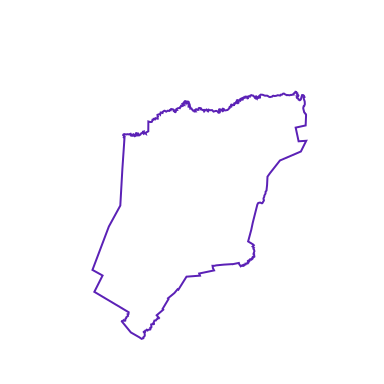 outline of Tormac, Timis, Romania, rotated 311°
{"feature_id": "2599482B36761723771512", "entity_name": "Tormac", "entity_type": "district", "adm_level": 2, "iso_a3": "ROU", "parent_name": "Romania", "parent_adm1": "Timis", "projection": "mercator", "projection_center": [21.482, 45.522], "detail": "fine", "context": "isolated", "style": "outline", "palette": "violet", "viewbox_px": 384, "rotation_deg": 311, "n_neighbors": 0, "source": "geoboundaries", "source_scale": "gbopen_adm2", "svg_char_len": 6093}
<svg xmlns="http://www.w3.org/2000/svg" viewBox="0 0 384 384"><g transform="rotate(311 192 192)"><path d="M305.6,244.6L300.2,239.2L308.6,228.0L316.8,234.1L324.3,228.1L325.2,227.3L325.5,226.6L325.4,225.9L325.8,225.1L325.7,224.5L328.0,221.2L329.2,220.3L330.3,220.3L330.5,219.9L331.0,220.0L331.9,219.8L333.0,218.9L334.3,217.6L335.8,215.0L336.5,214.5L337.4,214.6L337.4,214.3L338.1,213.3L338.0,212.2L337.4,211.5L336.2,212.0L336.0,212.5L335.3,212.4L333.3,213.4L332.2,213.3L331.8,212.9L331.9,212.5L331.7,211.9L332.1,211.4L331.9,210.2L332.1,209.9L331.9,209.5L332.0,209.2L333.1,209.3L332.9,208.6L333.0,208.2L334.3,209.0L334.7,208.9L334.8,208.6L334.6,207.7L334.7,207.4L335.0,207.3L334.9,206.9L335.6,206.5L335.2,205.7L335.9,205.0L335.7,204.6L335.5,204.3L334.7,204.5L333.3,204.2L332.2,204.8L331.8,204.0L330.7,203.7L330.2,202.9L329.0,202.2L327.9,200.5L327.3,200.1L326.7,197.9L326.6,196.8L325.9,196.2L324.6,196.1L323.7,195.2L322.9,195.4L322.5,195.2L322.2,194.4L321.0,193.0L320.2,192.7L318.7,191.5L318.0,190.2L317.5,189.9L316.8,190.0L314.8,188.6L314.4,187.8L314.1,185.7L312.4,183.6L311.8,181.7L310.6,180.0L308.7,179.7L308.6,179.9L308.5,180.9L308.0,181.3L307.7,180.9L307.4,179.8L307.2,179.7L306.7,179.6L306.4,180.2L305.8,179.6L305.0,179.9L305.1,179.2L306.0,178.8L306.4,178.2L306.3,177.6L305.6,177.4L305.0,177.5L304.7,178.3L304.4,178.4L304.3,177.7L304.8,176.4L304.8,174.6L304.1,174.0L304.0,173.2L302.9,172.7L301.9,173.1L301.5,172.0L301.0,171.7L300.3,171.7L299.5,172.7L299.1,172.5L299.0,172.2L299.4,171.8L299.8,170.7L299.0,169.7L297.7,170.1L297.6,169.9L297.6,169.2L296.4,169.4L296.4,168.6L295.8,168.3L294.8,169.3L294.5,168.6L294.6,167.8L294.1,167.5L293.1,168.6L292.6,168.6L292.7,167.6L292.3,167.3L291.4,167.4L290.6,168.0L290.5,167.4L291.2,166.2L291.1,165.9L290.6,165.7L289.6,166.4L289.3,168.1L289.1,168.3L288.8,168.0L288.8,166.9L288.6,166.3L287.3,166.7L286.9,165.8L286.5,165.7L285.2,166.7L284.4,166.0L284.1,164.7L283.6,164.3L282.7,164.6L282.4,165.6L282.2,165.7L280.9,164.6L280.4,164.7L280.0,165.3L277.2,165.0L275.3,163.5L275.0,162.8L275.5,161.5L275.1,160.6L274.6,160.6L274.1,160.9L274.0,162.3L273.1,162.2L273.0,161.8L273.3,160.5L272.7,158.7L272.3,158.3L271.8,158.4L271.2,159.3L271.2,160.0L270.9,160.5L270.1,160.7L269.4,160.3L269.2,159.6L269.6,158.5L269.3,157.4L268.7,156.7L266.8,155.5L267.0,153.5L265.3,151.7L265.1,150.6L264.3,150.7L263.4,151.2L263.2,150.7L263.9,149.3L263.8,148.8L262.4,148.4L262.1,147.6L261.7,147.7L261.2,148.3L260.8,148.3L261.3,147.2L261.3,146.7L260.8,146.3L260.6,145.3L260.2,144.6L261.0,144.1L261.0,143.6L260.1,142.2L259.4,142.1L258.3,143.0L257.4,142.2L256.8,142.4L257.5,141.7L257.2,140.8L255.6,140.4L255.3,140.7L255.1,141.8L254.4,141.1L254.9,140.4L254.7,139.9L254.1,139.6L254.3,137.9L254.7,136.8L253.8,136.0L254.5,135.4L254.4,134.5L255.1,134.7L255.7,133.8L254.5,133.1L254.9,132.8L256.0,133.0L256.6,132.7L256.6,132.2L256.2,131.6L256.0,130.9L257.2,131.3L257.8,130.4L257.7,129.8L257.1,129.0L256.4,128.8L255.5,129.1L256.4,128.1L256.4,127.6L255.8,127.0L255.2,127.0L254.4,127.7L254.0,127.1L253.6,127.1L252.9,128.3L252.4,128.8L252.3,128.6L252.5,127.2L252.0,126.9L250.9,128.5L250.2,128.1L249.8,127.2L249.0,127.6L248.0,127.3L247.3,127.8L246.8,127.1L245.8,126.3L244.3,125.8L244.0,125.9L243.9,126.8L242.9,126.0L242.0,127.1L241.3,127.0L241.1,126.5L241.3,125.6L241.1,125.1L242.0,124.0L241.8,123.1L241.0,122.5L241.0,121.9L240.6,121.7L239.6,122.2L239.2,121.5L238.2,121.6L237.4,120.3L235.7,119.8L235.5,118.3L235.2,117.8L232.8,117.2L232.5,117.4L232.5,117.8L232.3,117.9L231.4,116.2L229.7,117.1L229.8,116.6L227.6,115.3L226.0,116.9L226.1,117.0L225.3,117.3L224.9,118.0L224.5,117.7L223.8,116.0L223.2,115.8L222.6,116.3L222.0,115.1L221.2,115.5L220.6,114.8L219.0,115.6L218.4,115.6L217.4,114.6L216.6,112.8L209.1,119.2L206.3,118.1L205.7,118.9L205.5,116.9L205.2,116.8L204.5,117.4L204.2,117.4L204.2,117.1L204.4,116.7L206.0,115.9L205.3,115.4L204.3,115.9L203.1,115.2L201.4,115.4L200.0,114.9L200.0,114.4L200.7,113.5L200.8,113.2L200.3,113.0L199.0,113.8L198.6,113.4L200.0,112.2L200.2,111.7L199.8,111.2L198.1,111.5L197.1,112.4L196.5,112.2L196.3,111.5L197.0,110.4L197.1,109.9L196.3,109.6L195.1,109.9L194.5,108.8L194.7,108.2L195.5,108.1L195.7,107.5L194.1,106.6L193.3,105.4L192.1,104.4L191.2,102.8L190.3,102.5L189.7,102.8L189.6,104.7L188.4,104.7L188.1,105.8L187.2,106.5L187.3,106.5L163.5,124.5L134.7,146.8L111.4,151.9L67.9,168.0L70.3,179.3L52.6,183.8L59.7,223.1L58.2,224.1L57.5,223.6L56.5,225.0L54.3,224.6L53.5,225.1L52.8,224.9L51.1,226.0L50.7,225.7L50.7,225.1L49.8,224.6L49.9,224.4L49.3,224.4L48.6,223.8L48.3,223.9L45.9,238.0L47.8,247.6L48.1,250.3L49.7,251.2L50.3,250.6L51.9,250.8L53.0,250.3L54.7,248.4L54.6,247.5L54.8,247.3L55.4,247.5L55.7,248.3L56.7,247.7L57.5,248.2L58.3,248.2L58.4,249.3L59.1,249.2L60.9,250.7L61.4,250.5L62.0,249.6L62.4,249.6L63.0,250.1L63.5,250.0L65.2,248.1L65.9,248.6L66.7,248.7L66.8,249.5L67.3,249.9L67.8,249.6L68.4,248.7L70.3,248.0L71.3,249.0L72.2,248.8L73.1,249.1L74.0,248.8L74.6,249.2L74.8,249.8L75.3,249.8L75.8,246.2L84.3,247.5L84.5,246.5L95.8,244.5L96.0,243.6L104.2,245.0L109.2,244.9L109.3,245.8L124.5,243.4L134.1,252.9L135.2,250.9L147.3,260.1L148.3,257.7L149.8,255.9L151.1,257.4L152.5,258.4L158.2,263.8L164.0,269.7L164.0,269.9L169.2,273.9L168.5,275.0L167.9,277.5L168.5,277.6L169.4,278.6L169.9,278.2L170.3,278.8L171.0,278.7L171.4,279.1L171.1,279.5L172.0,279.6L172.3,279.9L173.0,279.4L173.4,280.0L174.0,280.5L174.7,280.3L175.0,280.9L175.3,280.8L175.1,280.4L175.4,280.2L176.0,280.7L176.5,279.9L177.4,280.5L177.6,280.1L177.5,279.7L178.7,280.1L179.1,280.0L179.3,280.6L180.1,280.5L180.7,280.8L180.4,281.3L181.3,281.5L182.1,281.2L182.3,280.7L182.8,281.0L183.2,280.6L183.5,280.8L183.7,281.4L184.1,281.5L185.5,279.9L185.4,279.6L185.9,279.5L185.9,278.9L188.3,277.9L189.4,276.3L189.4,275.6L189.9,275.2L190.3,275.2L190.2,274.9L190.7,274.4L190.6,273.5L192.4,273.6L192.5,272.6L191.5,266.8L202.4,261.5L208.7,258.0L225.5,249.5L227.2,249.2L228.7,250.3L229.3,252.1L229.7,252.4L232.5,251.9L233.1,251.6L233.5,250.7L234.2,250.1L235.7,249.7L236.9,248.9L239.0,248.5L240.6,247.3L241.9,247.3L246.5,244.1L253.1,238.9L257.3,238.5L273.5,237.7L294.0,247.6L305.6,244.6Z" fill="none" stroke="#5b21b6" stroke-width="2"/></g></svg>